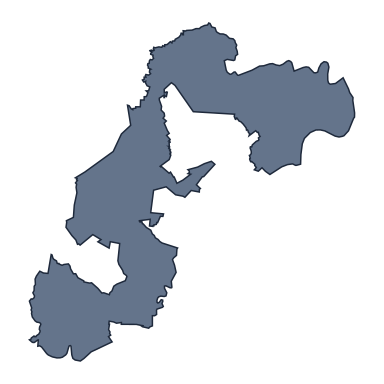 outline of Cosoleacaque, Veracruz, Mexico
{"feature_id": "50627088B31843590952822", "entity_name": "Cosoleacaque", "entity_type": "district", "adm_level": 2, "iso_a3": "MEX", "parent_name": "Mexico", "parent_adm1": "Veracruz", "projection": "albers", "projection_center": [-94.578, 18.006], "detail": "fine", "context": "isolated", "style": "filled", "palette": "slate", "viewbox_px": 384, "rotation_deg": 0, "n_neighbors": 0, "source": "geoboundaries", "source_scale": "gbopen_adm2", "svg_char_len": 5877}
<svg xmlns="http://www.w3.org/2000/svg" viewBox="0 0 384 384"><path d="M153.4,48.6L154.2,50.1L153.7,50.7L151.5,50.1L149.9,50.6L150.2,51.2L151.8,51.5L152.0,52.1L150.7,53.3L150.7,54.3L153.0,55.2L152.9,56.8L153.6,58.4L152.0,59.9L150.3,59.5L149.4,60.8L149.2,63.3L147.9,63.6L147.5,65.1L148.3,66.6L148.2,68.0L150.8,69.2L149.8,69.6L149.4,72.1L150.6,73.7L148.6,75.1L145.9,74.5L145.3,75.8L145.9,77.1L144.1,77.2L144.2,79.2L142.4,80.0L143.7,82.0L145.7,81.3L145.4,82.6L147.1,85.8L149.8,86.9L148.6,90.8L146.2,90.9L147.9,92.6L146.8,95.8L146.1,96.6L144.2,96.7L144.1,100.0L140.6,100.0L140.3,106.8L135.7,106.8L135.7,108.2L132.9,108.6L132.8,109.7L131.2,108.8L129.1,105.7L127.5,105.2L130.7,125.3L121.4,134.0L113.2,151.5L84.9,172.0L75.4,177.8L77.1,178.5L76.5,179.8L77.4,180.4L75.5,182.9L76.6,184.1L76.1,187.3L76.9,192.8L74.3,205.1L73.4,217.4L66.4,220.7L66.7,222.3L66.0,227.3L71.9,235.6L75.9,240.0L77.5,244.3L78.7,243.9L80.1,245.1L92.8,234.6L101.0,239.6L97.9,241.8L109.1,248.1L110.3,241.7L119.7,243.5L117.9,260.8L118.9,264.4L122.6,270.3L123.7,273.5L126.4,275.5L126.9,276.6L125.3,280.7L116.9,284.1L113.8,286.2L112.0,290.9L109.8,292.9L109.4,294.7L103.8,292.8L101.8,293.0L97.8,288.3L91.6,282.8L89.5,283.1L83.9,281.9L83.8,280.9L77.9,277.7L75.7,273.7L73.4,273.8L70.6,268.9L70.0,266.1L68.4,263.9L63.8,264.5L62.1,265.3L59.0,264.0L59.0,263.5L57.2,263.4L56.5,260.9L53.8,259.3L52.9,258.0L52.0,254.9L51.2,254.5L48.0,273.4L43.4,273.0L39.8,271.2L36.4,276.1L35.1,279.1L35.4,284.6L34.2,286.2L34.1,290.5L32.9,292.8L34.5,295.9L34.2,297.6L32.5,299.1L31.2,298.9L29.4,301.1L31.7,308.0L31.1,309.9L31.9,311.8L31.5,313.4L32.3,317.0L35.1,320.9L36.8,322.1L39.5,322.6L40.6,323.5L40.8,324.5L39.6,327.0L39.3,329.4L40.1,330.8L40.0,331.8L38.8,334.1L36.3,335.8L36.0,336.6L34.7,336.7L34.0,336.0L31.3,338.0L31.0,339.1L29.4,339.8L32.3,342.3L33.4,342.5L34.5,342.4L37.5,340.1L38.3,340.0L37.8,346.2L39.6,345.8L41.6,347.0L46.7,353.6L48.3,355.0L52.4,356.9L56.9,357.9L60.2,357.8L62.4,357.2L65.7,354.9L66.9,353.3L68.8,346.7L69.3,345.8L70.3,345.6L71.0,346.2L71.8,354.9L72.9,358.4L75.1,360.0L80.4,361.0L83.9,358.5L91.2,351.8L112.1,341.9L108.5,336.6L110.7,335.1L109.6,333.5L110.0,332.0L108.6,329.6L109.5,324.2L108.8,324.1L109.2,321.2L113.5,321.9L116.5,323.2L121.4,322.5L121.3,324.3L136.4,324.4L141.6,325.5L141.5,326.1L142.5,326.2L142.7,325.6L143.1,325.7L142.7,326.8L148.7,328.2L149.9,326.9L152.4,325.9L152.4,315.7L154.7,315.7L156.6,314.5L156.5,310.2L157.0,309.1L162.5,307.3L163.3,306.4L162.0,303.6L162.8,301.4L162.7,300.1L161.2,299.7L159.3,302.3L157.9,303.0L157.1,302.4L156.9,300.6L157.7,298.0L158.6,296.9L160.8,296.1L164.2,296.5L166.0,295.9L166.8,292.8L164.5,288.2L164.5,286.1L165.9,285.8L170.1,287.8L171.6,287.8L171.9,287.2L171.3,281.2L176.1,272.4L174.5,265.1L172.5,259.6L173.6,257.9L176.5,255.4L176.9,249.2L177.6,248.0L162.1,243.0L159.8,241.5L158.1,239.5L155.3,237.8L154.3,235.5L152.3,233.9L150.8,230.2L146.4,227.5L143.2,223.9L142.4,223.7L141.9,221.7L140.0,222.0L139.6,221.0L138.7,220.8L150.2,219.3L149.5,226.0L152.9,226.4L153.0,225.8L153.9,225.8L153.9,224.9L156.3,224.4L156.8,222.5L157.6,222.7L160.4,216.3L162.9,216.4L163.5,213.9L150.7,212.7L153.6,190.2L166.2,186.8L175.6,194.8L183.0,196.2L184.9,197.3L191.2,190.5L199.3,192.0L199.4,189.3L200.4,188.5L196.4,184.8L202.3,176.8L203.7,176.6L214.9,164.3L211.4,161.3L204.3,163.7L197.6,167.1L187.9,169.7L189.2,170.9L189.4,172.5L188.0,173.6L190.7,174.2L182.9,180.1L176.9,183.3L174.2,177.0L173.6,177.2L170.5,172.1L169.1,173.2L161.4,166.5L160.8,166.9L160.1,166.3L169.2,159.6L170.8,155.1L170.1,154.5L170.6,153.7L170.0,153.2L170.9,152.2L169.7,150.6L170.4,149.9L168.9,148.6L169.5,148.1L168.9,147.7L169.5,146.8L168.8,146.4L169.3,146.4L169.1,142.4L170.0,142.3L169.7,140.6L169.0,140.7L170.1,139.4L166.6,135.4L169.2,133.4L167.4,130.6L164.2,123.1L166.3,121.0L163.1,118.2L164.6,116.1L164.2,113.2L161.1,110.0L161.6,106.4L159.3,99.9L159.3,98.2L164.0,95.1L164.0,97.6L164.5,97.6L164.5,95.7L166.4,96.5L167.3,92.2L166.8,91.9L164.3,92.8L164.2,89.3L171.4,82.7L175.0,85.4L193.3,111.7L234.6,114.2L234.2,116.4L235.3,119.2L235.8,119.4L236.4,118.0L236.9,118.0L239.0,121.0L240.9,121.8L243.2,124.1L246.1,127.9L246.5,130.0L247.0,129.6L247.8,130.3L248.5,132.6L249.7,133.7L249.1,135.7L255.7,130.7L257.3,132.4L258.3,132.3L259.1,135.2L260.1,136.4L258.4,137.9L258.9,139.6L258.5,140.4L256.3,141.3L252.3,144.9L251.7,146.9L250.4,146.8L250.1,148.0L251.2,151.0L251.3,153.3L250.4,154.9L249.4,155.4L250.3,158.2L249.7,158.7L249.7,159.5L250.6,161.6L251.1,161.9L251.7,161.5L254.9,164.3L254.7,165.5L256.3,167.5L254.3,169.8L258.3,171.2L262.0,167.8L265.4,171.3L269.9,174.5L281.8,166.8L287.5,164.6L292.6,163.9L295.4,165.3L296.5,165.3L300.6,164.2L300.9,154.6L302.3,143.8L304.4,138.4L310.3,132.5L315.9,130.0L320.3,129.9L324.8,130.9L335.1,136.1L339.0,137.0L342.5,136.3L344.0,135.7L348.5,130.8L353.6,118.3L354.5,117.2L354.6,112.9L352.8,100.4L353.0,97.5L349.7,92.6L348.5,88.9L343.1,77.8L335.5,83.5L330.2,84.2L328.5,82.9L327.8,80.3L327.7,74.0L328.9,67.1L327.9,63.3L326.5,62.1L324.0,61.7L321.1,63.8L318.9,67.9L317.7,72.1L315.6,72.9L313.9,72.7L308.7,67.3L306.1,66.9L303.2,67.5L294.1,71.1L291.8,62.8L290.7,61.5L288.8,60.6L286.8,61.3L283.2,64.1L279.7,65.6L276.2,65.0L272.6,63.6L269.6,63.9L263.7,65.8L259.5,66.1L252.0,70.2L238.6,75.3L237.6,75.2L235.2,72.0L234.1,72.0L231.5,74.0L230.0,74.3L227.3,72.3L226.2,70.1L224.3,60.7L227.2,59.4L233.6,60.5L234.8,59.9L235.6,55.8L237.6,54.4L237.2,51.2L235.9,47.6L236.7,45.1L235.3,42.7L234.8,40.6L233.1,38.8L229.4,38.3L226.2,35.1L223.3,34.0L220.0,33.9L217.1,32.3L216.2,31.2L215.1,27.9L211.8,27.0L210.0,23.5L208.7,23.0L207.6,25.0L204.5,25.5L200.8,27.2L199.4,28.6L196.0,28.6L192.1,30.1L186.6,30.4L185.6,31.0L182.5,30.6L183.9,31.5L183.3,32.8L183.4,34.8L182.8,34.8L182.1,33.2L181.1,33.2L180.7,35.0L178.8,37.3L175.2,39.3L174.7,40.9L172.4,41.1L171.9,42.9L170.3,41.7L167.1,44.6L164.8,44.7L164.6,46.4L162.7,45.7L161.8,47.3L158.9,46.9L155.1,47.8L153.8,47.3L153.4,48.6Z" fill="#64748b" stroke="#1e293b" stroke-width="1.5"/></svg>